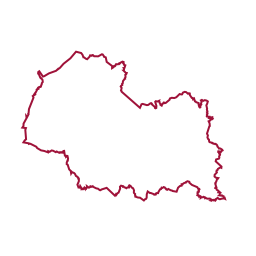 the district of Quitupan, Jalisco, Mexico, rotated 277°
{"feature_id": "50627088B17402794526783", "entity_name": "Quitupan", "entity_type": "district", "adm_level": 2, "iso_a3": "MEX", "parent_name": "Mexico", "parent_adm1": "Jalisco", "projection": "orthographic", "projection_center": [-102.887, 19.794], "detail": "fine", "context": "isolated", "style": "outline", "palette": "rose", "viewbox_px": 256, "rotation_deg": 277, "n_neighbors": 0, "source": "geoboundaries", "source_scale": "gbopen_adm2", "svg_char_len": 5781}
<svg xmlns="http://www.w3.org/2000/svg" viewBox="0 0 256 256"><g transform="rotate(277 128 128)"><path d="M164.1,204.0L164.8,202.6L165.0,200.8L164.1,199.3L164.9,197.9L164.3,197.0L163.7,197.5L162.5,197.8L160.9,197.4L160.3,197.9L159.9,197.7L159.9,196.9L157.4,197.3L157.1,196.9L157.7,196.1L159.9,195.2L161.4,195.0L161.9,192.5L162.5,191.9L162.6,191.2L165.3,190.0L164.4,189.1L165.7,188.5L165.6,187.7L168.2,185.4L169.8,185.1L169.9,184.1L169.3,183.4L170.7,181.3L170.8,179.9L169.8,178.2L168.0,177.6L167.8,176.8L168.0,175.1L164.4,172.2L163.4,170.4L163.3,167.7L162.4,166.0L161.1,165.8L157.5,162.4L157.2,161.6L157.5,161.2L157.3,161.0L157.5,160.3L156.7,160.1L156.4,159.3L154.3,158.7L155.0,157.3L156.0,157.1L157.1,156.1L158.0,156.0L158.3,155.3L158.7,155.4L157.9,154.0L158.0,152.3L157.3,151.8L153.4,153.5L151.3,153.6L150.9,152.9L151.1,152.4L152.2,152.0L154.4,148.8L155.1,148.7L155.5,148.0L155.2,147.2L153.4,145.3L153.0,144.0L153.7,139.6L153.2,138.5L149.5,137.4L163.2,117.3L164.0,117.0L164.3,116.5L167.0,116.8L168.3,115.7L169.0,116.0L170.0,117.1L171.0,116.7L171.6,117.3L173.9,117.3L176.2,118.6L176.5,119.1L177.1,118.8L177.9,119.3L179.2,119.2L180.4,118.8L181.3,119.7L182.4,120.0L182.4,119.2L184.5,116.5L184.6,116.9L185.6,116.9L186.6,116.8L187.0,116.4L187.3,117.2L189.9,117.7L190.2,116.4L191.7,115.9L191.7,115.4L193.0,115.5L193.2,114.4L192.0,112.7L190.7,111.8L191.1,111.3L190.0,110.3L189.9,108.4L188.1,107.8L187.8,107.5L188.2,107.2L187.5,106.0L186.4,106.0L185.5,104.9L187.6,104.7L191.0,98.8L195.4,97.3L195.8,95.5L196.4,95.3L197.9,93.9L198.0,93.1L195.5,89.7L195.1,85.6L196.1,84.3L196.0,83.6L195.4,83.4L195.2,82.9L195.5,81.6L194.0,81.1L191.3,79.1L191.6,77.8L192.9,75.5L192.8,75.1L195.0,74.0L196.7,72.4L197.4,67.1L190.1,62.3L183.9,56.2L179.4,53.1L177.7,51.3L177.9,51.2L176.0,49.6L172.6,42.9L169.2,38.5L168.7,37.3L173.5,33.0L172.6,32.1L171.0,32.2L170.5,33.0L167.3,34.8L167.2,35.3L166.7,35.5L166.6,36.1L165.3,37.3L163.3,37.8L162.0,37.0L160.5,37.0L159.9,36.6L158.4,36.5L158.1,36.2L158.0,35.0L157.0,33.8L156.4,33.6L156.7,34.5L155.9,34.4L155.7,33.3L155.0,32.7L154.6,33.0L151.6,31.9L151.7,31.7L150.0,30.8L149.7,31.5L148.1,29.6L146.7,30.5L134.7,27.4L130.4,27.5L129.9,27.2L129.4,27.6L126.7,26.6L127.6,25.6L125.4,26.1L119.6,23.8L117.3,24.0L115.5,23.1L115.5,26.7L113.6,26.3L104.4,28.2L103.1,27.0L101.0,26.0L100.7,31.3L100.1,31.6L100.5,32.4L100.4,33.2L98.2,39.3L97.0,40.3L95.2,44.4L95.0,47.7L94.1,51.6L95.3,51.6L94.8,53.1L96.4,54.9L96.3,56.4L95.2,59.3L96.0,60.1L95.0,62.8L95.8,63.5L95.3,64.5L96.0,65.3L95.6,66.2L97.3,66.7L97.5,67.4L92.9,68.7L92.9,69.6L91.8,70.0L92.9,70.9L92.9,71.3L90.5,72.2L88.4,72.2L88.4,71.9L86.2,71.4L84.6,71.6L84.2,72.6L79.7,74.7L78.1,76.9L77.6,76.6L76.0,77.1L76.5,77.3L77.2,78.5L76.7,80.1L75.7,81.2L74.1,82.1L73.8,83.1L73.0,83.9L73.0,84.3L72.0,85.2L71.5,84.9L71.1,85.5L69.1,85.7L65.6,84.7L63.2,86.0L62.9,85.3L62.9,88.1L63.4,87.4L64.6,87.6L62.8,89.0L61.6,89.3L62.4,90.7L61.2,90.2L62.1,91.3L63.4,91.9L62.5,92.7L63.4,92.7L62.9,93.7L63.2,93.7L63.9,94.8L65.2,94.4L64.0,96.5L64.6,97.4L66.4,98.0L65.5,98.1L65.1,98.6L65.3,99.4L65.9,100.1L65.4,100.5L64.2,103.9L64.1,105.6L62.9,107.5L62.9,108.3L63.7,109.1L66.0,114.1L59.2,123.3L60.8,124.1L60.2,124.6L62.0,125.5L62.7,126.5L66.9,127.6L68.7,127.2L69.9,128.1L69.7,129.6L69.1,130.0L69.5,130.6L68.6,131.6L68.6,132.5L68.0,133.7L69.0,134.7L69.1,136.3L70.2,136.4L70.8,136.0L71.3,136.3L70.9,137.5L69.2,139.2L68.8,140.4L66.8,141.6L64.9,141.6L64.2,141.9L63.4,143.1L62.3,143.1L61.7,143.7L60.8,143.6L60.2,146.4L60.3,148.4L58.0,152.6L59.4,153.6L59.8,154.5L61.1,155.0L64.5,154.7L67.4,155.3L66.1,157.7L66.3,158.4L65.5,161.6L65.0,162.1L65.2,163.3L65.4,163.7L66.1,163.5L66.8,164.1L67.0,165.8L68.2,166.0L71.1,167.3L71.4,168.2L72.5,168.5L72.3,168.7L72.9,169.8L73.7,170.5L73.5,171.7L72.4,172.7L72.4,173.1L71.7,173.5L71.4,174.4L72.4,175.4L71.4,178.0L71.3,179.3L70.9,179.9L70.7,184.0L74.9,185.0L76.8,186.7L77.3,188.2L78.7,188.1L78.6,189.0L79.3,189.3L80.3,190.5L80.9,192.1L81.4,192.1L82.4,193.5L82.1,195.4L81.1,195.7L79.3,198.4L77.7,204.0L76.2,205.1L76.3,206.0L75.9,206.4L74.5,205.7L74.0,206.1L73.4,206.1L73.3,205.5L72.6,205.4L72.6,204.9L71.5,204.9L70.7,205.3L69.7,205.0L69.4,205.9L69.6,206.4L68.4,207.0L69.2,207.9L69.1,208.3L68.7,208.7L67.5,208.7L68.2,209.5L68.4,210.9L68.9,211.3L68.5,213.0L67.7,213.1L68.0,213.9L67.5,215.2L67.9,217.9L67.2,218.5L67.3,219.1L66.4,219.7L66.1,219.2L66.0,219.8L66.7,220.3L67.1,221.3L66.6,222.1L67.4,223.0L66.9,223.1L66.6,223.5L67.2,223.9L68.0,223.9L69.6,225.5L68.8,226.5L68.5,227.9L69.5,230.2L69.5,230.9L69.9,231.7L69.5,232.9L70.6,232.4L70.4,231.7L71.9,231.2L72.0,230.5L72.6,229.4L72.2,229.0L72.3,226.9L72.7,227.3L74.3,226.8L75.0,227.6L76.0,226.2L75.7,225.6L76.1,225.7L76.9,225.1L77.5,223.6L78.9,222.9L79.1,221.9L79.5,222.0L79.8,223.0L82.8,221.6L83.3,221.8L83.9,221.3L85.5,222.1L88.4,222.7L88.5,223.3L89.3,223.7L89.4,221.4L89.9,220.5L90.4,219.8L92.1,219.7L94.7,221.6L95.7,221.0L96.7,221.2L97.0,221.9L98.3,222.2L99.4,223.5L100.2,224.7L99.9,225.5L101.1,225.5L105.6,219.1L107.5,219.3L108.7,222.0L109.7,222.3L110.8,221.9L111.8,222.2L112.6,222.1L112.7,222.6L113.1,222.6L114.1,221.4L114.6,221.3L115.2,220.4L115.9,220.5L115.9,221.6L115.3,223.0L116.7,223.7L117.3,224.6L117.9,224.2L117.9,223.5L118.3,223.4L118.9,222.2L118.7,220.7L119.5,220.3L120.5,219.0L121.6,218.7L122.6,217.6L122.6,216.6L122.9,216.5L122.8,214.9L123.1,213.8L123.4,213.9L123.6,213.5L123.9,210.8L124.3,210.3L126.4,209.7L126.7,209.0L128.3,208.0L130.4,208.2L132.0,207.1L139.5,208.5L139.8,208.9L140.2,208.9L142.6,208.4L144.5,207.2L145.2,208.4L146.5,209.2L146.9,210.4L147.6,211.0L148.0,210.6L149.0,210.4L148.5,208.8L147.6,208.3L147.5,207.8L147.7,207.0L149.1,207.4L149.0,204.9L149.3,204.7L150.4,204.9L151.3,204.6L151.9,205.2L153.3,204.4L153.7,204.9L154.4,204.8L155.1,204.3L156.2,204.0L156.7,204.2L160.1,203.0L161.7,203.6L164.1,204.0Z" fill="none" stroke="#9f1239" stroke-width="2"/></g></svg>